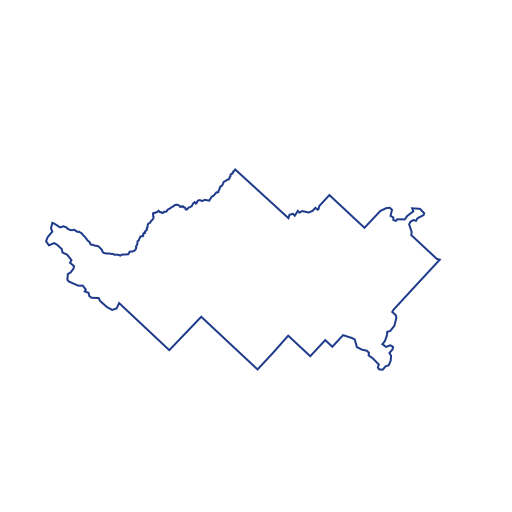 outline of Lewis and Clark, Montana, United States of America, rotated 313°
{"feature_id": "52423323B49943042609192", "entity_name": "Lewis and Clark", "entity_type": "district", "adm_level": 2, "iso_a3": "USA", "parent_name": "United States of America", "parent_adm1": "Montana", "projection": "natural_earth1", "projection_center": [-112.477, 47.184], "detail": "fine", "context": "isolated", "style": "outline", "palette": "blue", "viewbox_px": 512, "rotation_deg": 313, "n_neighbors": 0, "source": "geoboundaries", "source_scale": "gbopen_adm2", "svg_char_len": 3798}
<svg xmlns="http://www.w3.org/2000/svg" viewBox="0 0 512 512"><g transform="rotate(313 256 256)"><path d="M113.3,164.2L118.0,169.7L116.8,172.5L117.0,181.9L118.5,187.6L122.5,189.8L128.2,188.0L128.0,256.8L174.2,257.4L174.1,310.4L174.1,334.5L196.5,334.5L219.7,333.9L219.7,364.0L241.7,364.0L241.7,373.7L257.5,373.7L261.5,382.2L262.3,385.1L258.2,391.9L259.8,397.5L262.3,401.6L262.3,404.6L260.1,406.2L260.8,410.8L260.4,419.8L257.5,421.2L257.1,423.5L259.3,426.2L263.5,426.0L266.7,427.6L271.3,425.9L275.2,422.8L276.1,419.7L280.8,419.6L283.0,418.3L282.3,415.1L278.2,413.1L277.7,408.6L281.6,408.3L287.2,405.9L290.1,403.7L292.7,405.3L299.3,404.8L306.2,401.0L308.0,398.9L308.0,393.8L310.5,393.2L346.0,393.0L351.2,393.0L378.6,392.9L377.2,390.1L377.2,355.3L379.7,353.5L383.6,346.4L386.4,345.6L389.8,346.7L390.8,349.0L393.8,348.4L400.1,350.6L402.0,349.9L402.3,343.7L397.4,337.7L395.9,340.6L388.7,339.3L384.2,339.8L379.2,334.3L377.1,334.4L376.0,331.9L377.8,330.2L377.1,327.0L382.5,324.0L382.5,320.9L379.8,318.6L373.8,316.2L350.6,316.1L350.6,268.1L335.6,268.2L332.8,269.8L331.8,269.4L331.8,266.6L327.7,266.6L323.8,264.9L320.4,259.2L317.3,258.1L317.5,255.8L311.9,256.9L312.1,254.3L309.0,252.4L305.8,253.9L305.1,181.9L304.4,182.1L302.4,181.7L301.6,182.3L300.3,182.6L299.6,182.0L298.1,181.9L297.1,182.9L295.5,183.0L295.0,183.6L294.1,183.8L293.1,183.7L292.2,182.9L290.5,182.7L288.9,182.1L288.1,181.9L287.2,182.1L286.5,182.6L284.9,183.0L283.3,183.1L282.6,182.5L281.1,183.0L280.0,183.8L278.2,184.1L277.2,184.9L276.2,184.6L275.7,183.7L274.1,183.7L272.6,183.8L270.8,183.9L269.4,183.1L267.2,183.5L265.9,183.8L264.5,184.0L264.0,183.1L263.2,181.9L262.3,180.4L260.6,179.6L259.4,179.1L258.9,177.5L258.0,176.2L256.3,175.8L255.2,176.0L254.4,176.5L253.2,176.1L253.4,175.2L253.5,174.4L252.0,174.2L250.8,174.4L248.6,175.0L247.1,174.5L245.7,173.8L243.8,173.7L242.8,173.8L242.1,172.7L242.7,172.0L243.0,170.9L242.2,169.7L242.6,168.9L242.1,168.0L241.4,168.2L240.2,167.0L240.6,165.8L240.2,164.8L239.8,163.3L238.4,162.4L237.8,161.8L236.5,161.8L235.2,161.4L233.9,160.9L232.2,160.7L230.4,160.0L228.7,159.8L227.8,160.2L226.6,159.7L226.2,159.2L225.6,158.5L224.8,158.8L224.0,158.4L223.2,157.6L223.4,156.7L222.5,155.8L222.6,154.7L222.6,153.9L221.3,153.8L220.4,153.6L219.1,152.7L218.7,152.8L218.3,152.5L218.1,152.0L217.1,151.6L216.5,151.9L216.0,152.8L215.0,153.6L214.8,154.4L214.2,154.9L212.9,155.4L211.2,155.5L209.8,155.4L208.5,155.8L207.5,155.7L206.2,155.2L204.6,155.7L203.8,156.4L203.0,157.1L201.8,157.1L201.1,158.2L199.5,158.3L198.6,158.1L197.6,158.3L197.6,158.8L196.9,159.1L196.3,158.6L195.8,158.3L195.2,158.5L194.4,159.0L194.3,159.4L193.5,159.8L192.8,159.4L192.3,158.8L191.5,158.2L190.6,158.5L189.1,158.9L187.6,159.6L186.1,159.3L184.9,160.1L184.0,161.0L182.5,161.4L181.7,161.6L180.9,161.9L180.6,162.7L179.0,163.4L177.1,163.5L175.0,162.6L173.3,160.8L171.9,160.9L170.2,161.4L168.8,160.2L167.5,158.8L166.4,158.0L165.5,156.9L163.7,156.5L163.1,154.7L161.6,152.8L160.4,151.7L159.9,149.9L158.7,148.6L157.5,146.6L156.5,145.8L155.6,144.6L155.0,143.4L154.4,142.6L154.5,140.6L155.4,139.3L155.5,136.9L155.6,135.1L155.6,134.0L154.8,132.6L153.8,131.4L152.9,129.1L151.6,127.3L152.5,125.4L152.6,123.8L152.5,122.3L152.8,120.6L153.0,119.7L153.3,117.8L153.3,116.5L153.4,114.7L153.7,113.1L153.3,111.5L153.1,110.1L151.8,108.9L151.8,107.9L151.4,106.9L151.3,105.2L149.6,104.0L148.6,102.9L148.1,101.8L147.4,99.7L147.7,98.3L147.2,96.9L146.3,94.7L144.4,94.0L143.1,92.8L142.9,90.5L142.2,87.0L141.6,84.7L141.4,84.4L136.4,87.2L134.9,90.4L127.7,90.8L123.6,92.4L122.6,97.3L127.8,99.6L128.6,102.9L128.6,109.2L126.6,112.2L128.2,116.9L127.1,123.9L124.2,124.6L124.5,129.8L122.2,131.2L117.4,131.6L114.5,130.7L110.0,134.2L109.7,136.5L113.0,146.1L116.2,149.6L115.4,154.4L113.3,154.9L114.9,158.6L113.0,161.5L113.3,164.2Z" fill="none" stroke="#1e3a8a" stroke-width="2"/></g></svg>